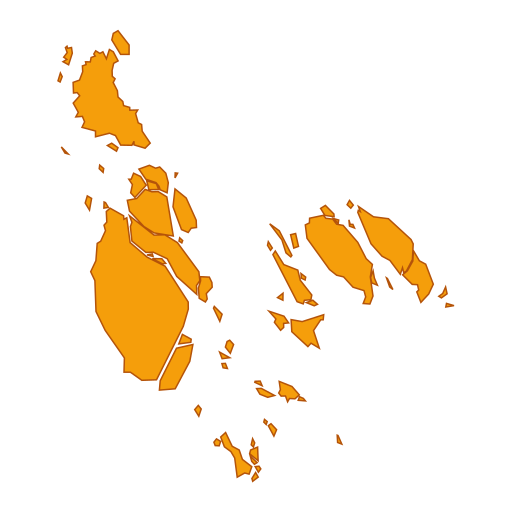 outline of Karimun, Kepulauan Riau, Indonesia
{"feature_id": "22746128B38340908247842", "entity_name": "Karimun", "entity_type": "district", "adm_level": 2, "iso_a3": "IDN", "parent_name": "Indonesia", "parent_adm1": "Kepulauan Riau", "projection": "natural_earth1", "projection_center": [103.573, 0.836], "detail": "fine", "context": "isolated", "style": "filled", "palette": "amber", "viewbox_px": 512, "rotation_deg": 0, "n_neighbors": 0, "source": "geoboundaries", "source_scale": "gbopen_adm2", "svg_char_len": 6074}
<svg xmlns="http://www.w3.org/2000/svg" viewBox="0 0 512 512"><path d="M123.6,215.8L110.1,208.2L106.3,211.5L106.8,222.1L104.0,225.2L105.5,230.7L100.7,241.2L97.2,243.4L95.9,260.7L90.7,271.7L94.9,280.6L96.0,311.5L105.2,330.4L124.4,357.9L124.0,372.2L130.4,372.2L141.8,380.3L156.5,379.8L183.3,326.3L188.3,309.1L188.2,302.0L165.1,266.2L147.2,257.2L130.1,242.6L126.8,217.8L123.9,219.3L123.6,215.8ZM109.4,49.5L106.4,58.8L102.9,51.8L99.9,53.4L95.7,50.8L93.8,54.0L95.2,56.0L91.1,57.5L90.3,61.9L85.5,61.8L86.1,64.6L82.4,65.9L82.7,71.7L79.5,80.1L73.1,82.4L73.5,93.0L77.2,92.6L79.7,95.8L73.2,103.1L78.3,112.3L75.8,116.9L82.4,116.4L84.6,121.8L82.0,127.4L95.5,131.0L95.5,136.8L109.4,133.2L115.5,135.6L120.7,145.1L131.9,145.3L134.0,141.3L134.0,144.9L145.1,148.2L150.2,143.1L142.2,131.2L141.6,124.5L138.2,122.8L135.6,113.6L137.7,110.0L129.8,110.2L129.7,107.4L123.6,105.6L122.8,101.5L118.0,97.0L117.4,90.7L113.2,82.5L115.1,78.8L112.3,76.3L112.1,70.4L113.7,63.3L118.1,60.9L113.3,51.8L109.4,49.5ZM325.8,218.3L323.4,215.3L309.6,218.2L309.4,222.9L305.3,224.9L307.0,238.3L329.5,269.5L336.6,275.2L343.6,276.9L353.0,287.2L364.0,290.6L365.7,296.9L363.2,303.5L369.9,304.0L373.0,296.0L370.3,276.9L372.4,264.4L366.2,258.7L357.8,242.4L343.1,225.4L336.6,224.2L332.7,219.1L325.8,218.3ZM373.5,216.8L358.5,206.5L360.3,211.6L358.3,210.4L357.8,212.4L371.0,243.8L382.0,256.2L389.9,260.4L400.3,274.3L402.5,267.7L403.7,272.6L406.3,271.2L412.4,259.6L413.2,243.9L411.0,239.5L388.4,218.7L373.5,216.8ZM129.5,215.8L131.9,222.3L130.4,226.6L131.9,241.0L145.9,252.4L153.3,252.2L167.2,258.7L176.7,276.4L196.8,294.4L196.5,285.5L199.8,280.6L198.9,271.8L177.4,242.6L164.8,234.8L154.0,235.1L129.5,215.8ZM145.2,189.4L136.7,198.5L127.3,200.3L129.5,211.1L143.9,226.5L154.1,232.9L173.3,236.0L166.8,196.9L158.2,191.6L151.9,191.8L145.2,189.4ZM192.9,344.5L176.5,348.2L160.2,380.8L159.4,390.1L175.2,388.8L189.8,361.3L192.9,344.5ZM419.4,260.8L413.5,250.8L412.8,261.1L407.4,270.8L402.6,274.8L412.2,284.4L417.5,284.7L418.7,290.0L416.8,291.9L420.9,302.4L428.7,294.0L433.3,284.2L425.7,264.2L419.4,260.8ZM196.5,227.5L196.2,220.2L186.2,198.0L175.0,188.9L173.0,206.8L181.5,229.6L188.2,232.5L191.2,228.2L196.5,227.5ZM323.7,314.7L302.2,321.6L291.1,319.6L291.8,331.7L307.9,346.6L311.0,343.2L319.3,348.2L313.5,330.6L320.7,319.8L323.2,319.8L323.7,314.7ZM283.8,264.6L275.3,251.0L272.9,254.6L297.1,301.7L303.2,303.9L304.4,300.3L310.9,299.7L311.8,295.0L300.3,280.3L297.8,270.1L283.8,264.6ZM149.4,165.3L138.9,169.1L145.8,179.2L156.0,182.6L158.9,186.1L160.2,189.8L167.1,192.8L168.3,182.7L165.8,173.2L159.7,167.0L155.6,168.2L149.4,165.3ZM239.2,450.0L232.2,446.3L225.6,432.5L220.7,437.0L224.4,446.8L230.9,451.6L234.7,458.0L237.2,477.2L244.7,473.0L249.1,474.1L251.8,466.7L242.4,459.4L239.2,450.0ZM118.0,30.7L113.3,33.4L111.8,39.9L120.6,54.4L129.1,54.4L129.1,45.0L118.0,30.7ZM209.3,277.1L200.4,276.7L200.6,280.8L198.4,288.1L199.2,298.3L205.4,302.0L207.2,299.0L206.3,293.6L212.2,287.2L211.9,282.5L209.3,277.1ZM133.6,173.2L131.2,179.2L128.8,179.2L132.4,184.6L130.7,192.8L134.9,197.4L146.2,185.2L140.6,176.5L133.6,173.2ZM292.0,386.5L279.2,381.4L280.4,389.7L278.7,393.0L281.1,396.1L285.5,396.0L287.6,401.8L289.5,398.5L295.0,398.8L299.3,394.9L292.0,386.5ZM284.0,316.2L269.0,311.2L275.9,319.0L274.4,322.3L280.6,330.3L283.7,327.4L283.6,323.4L288.6,322.9L284.0,316.2ZM67.0,46.2L65.4,47.6L67.2,52.6L63.7,57.2L66.9,59.4L63.0,61.7L68.6,64.8L72.3,53.2L71.5,47.5L67.6,48.3L67.0,46.2ZM325.4,205.4L320.6,208.4L324.9,215.4L334.1,216.7L333.9,214.0L325.4,205.4ZM261.3,388.4L256.6,388.6L259.9,394.2L267.7,397.3L274.6,395.5L261.3,388.4ZM291.9,255.4L279.3,230.8L269.7,223.8L281.9,239.9L286.0,252.9L290.8,256.9L291.9,255.4ZM146.7,180.8L148.9,189.7L158.7,189.5L156.3,183.6L146.7,180.8ZM258.1,460.7L257.6,447.1L250.6,450.0L249.6,453.7L258.1,460.7ZM230.3,353.3L233.6,344.5L229.7,340.2L227.1,341.5L225.4,347.1L230.3,353.3ZM191.2,339.2L182.4,334.4L178.8,343.9L190.8,342.3L191.2,339.2ZM295.6,233.5L290.6,234.7L293.8,248.1L298.5,246.4L295.6,233.5ZM271.0,423.7L268.3,425.7L273.9,436.1L276.6,429.7L271.0,423.7ZM91.6,198.4L87.3,195.9L85.2,203.0L89.5,210.1L91.6,198.4ZM229.7,357.7L219.6,352.1L222.1,358.7L229.7,357.7ZM219.8,321.3L222.1,314.2L214.3,306.4L213.5,308.2L219.8,321.3ZM118.0,147.7L111.7,143.2L107.4,145.5L116.5,151.2L118.0,147.7ZM377.4,285.2L374.4,278.1L373.1,270.9L370.6,277.5L371.8,282.9L377.4,285.2ZM165.7,263.4L161.8,258.7L152.3,258.6L162.4,263.8L165.7,263.4ZM317.5,304.3L312.8,300.2L306.4,302.6L314.2,305.8L317.5,304.3ZM447.1,293.8L445.6,287.0L442.7,293.5L438.8,296.3L441.4,297.9L447.1,293.8ZM201.2,409.0L198.3,405.4L194.7,409.6L198.8,416.2L201.2,409.0ZM220.6,441.4L216.5,438.9L213.9,442.2L215.2,445.6L219.2,445.8L220.6,441.4ZM255.6,472.5L251.9,478.5L252.7,481.3L258.2,477.1L255.6,472.5ZM282.9,300.2L283.0,293.2L277.5,297.6L282.9,300.2ZM299.5,396.7L298.2,400.3L305.4,400.9L303.4,398.4L299.5,396.7ZM254.4,464.3L257.1,462.6L250.3,456.2L251.7,461.3L254.4,464.3ZM227.4,368.5L225.4,363.4L221.9,363.6L223.1,367.8L227.4,368.5ZM392.9,289.5L387.4,278.5L386.5,277.9L389.7,287.0L392.9,289.5ZM259.0,466.2L255.2,466.6L258.4,472.2L260.8,468.9L259.0,466.2ZM454.0,305.6L446.5,303.4L445.8,307.0L454.0,305.6ZM99.7,165.1L99.2,168.7L103.1,172.4L103.7,168.5L99.7,165.1ZM60.1,82.0L62.2,76.6L60.4,73.0L58.0,80.8L60.1,82.0ZM260.2,381.1L255.1,381.3L254.8,382.3L262.1,385.7L260.2,381.1ZM353.3,205.1L349.5,200.4L347.1,204.7L350.8,208.2L353.3,205.1ZM253.4,447.0L254.7,442.9L252.6,438.7L251.2,444.8L253.4,447.0ZM301.0,273.5L301.4,278.2L305.1,280.0L305.7,277.1L301.0,273.5ZM270.5,250.3L272.3,248.0L268.3,241.7L267.5,245.3L270.5,250.3ZM341.8,444.1L338.0,435.5L337.2,435.2L337.6,442.5L341.8,444.1ZM108.4,207.4L105.5,202.6L104.1,202.0L103.9,208.1L108.4,207.4ZM338.7,220.0L333.7,218.6L338.2,223.5L338.7,220.0ZM348.9,219.8L349.5,226.1L354.5,228.0L352.9,224.4L350.2,224.3L348.9,219.8ZM147.0,254.9L153.1,256.5L152.3,253.9L147.0,254.9ZM181.8,242.9L182.7,240.6L179.7,237.8L179.0,241.1L181.8,242.9ZM175.0,177.9L177.6,173.2L175.2,172.9L175.0,177.9ZM266.2,424.5L267.2,421.6L264.5,419.4L263.8,422.1L266.2,424.5ZM68.2,154.0L61.3,146.9L65.0,153.1L68.2,154.0Z" fill="#f59e0b" stroke="#b45309" stroke-width="1.5"/></svg>